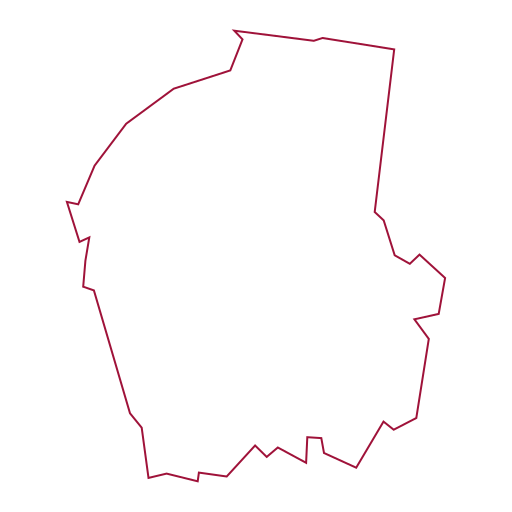 Smith, Tennessee, United States of America (Natural Earth projection)
{"feature_id": "52423323B17760103371200", "entity_name": "Smith", "entity_type": "district", "adm_level": 2, "iso_a3": "USA", "parent_name": "United States of America", "parent_adm1": "Tennessee", "projection": "natural_earth1", "projection_center": [-85.954, 36.255], "detail": "fine", "context": "isolated", "style": "outline", "palette": "rose", "viewbox_px": 512, "rotation_deg": 0, "n_neighbors": 0, "source": "geoboundaries", "source_scale": "gbopen_adm2", "svg_char_len": 639}
<svg xmlns="http://www.w3.org/2000/svg" viewBox="0 0 512 512"><path d="M234.3,30.7L242.5,39.4L230.3,70.4L173.7,88.7L126.2,123.7L94.6,165.6L78.2,204.3L66.9,201.9L79.5,241.9L89.3,237.4L85.4,260.7L83.2,286.7L93.9,290.4L130.0,413.3L141.7,427.7L148.5,477.9L166.6,473.6L197.7,481.3L198.9,472.6L226.7,476.5L255.1,445.5L266.7,456.9L277.8,447.5L306.1,462.8L307.3,437.2L321.3,438.1L324.0,453.0L356.2,467.7L383.5,421.6L393.7,429.7L416.3,418.0L428.8,338.9L414.4,319.3L438.7,313.9L445.1,278.0L419.5,254.6L409.8,263.8L394.7,255.3L383.7,220.4L374.7,212.0L394.2,49.4L322.5,38.0L313.8,40.8L234.3,30.7Z" fill="none" stroke="#9f1239" stroke-width="2"/></svg>